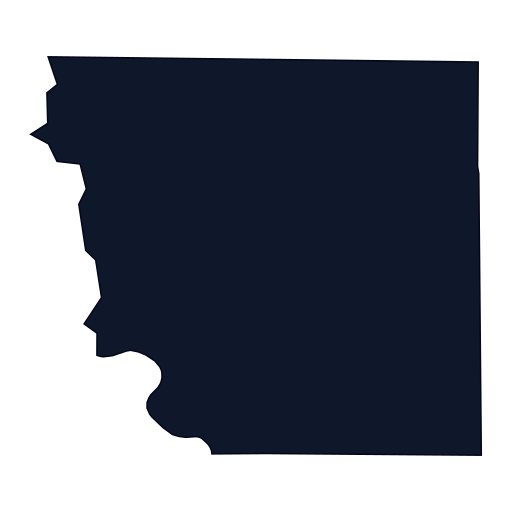 outline of Andrew, Missouri, United States of America
{"feature_id": "52423323B15965719285225", "entity_name": "Andrew", "entity_type": "district", "adm_level": 2, "iso_a3": "USA", "parent_name": "United States of America", "parent_adm1": "Missouri", "projection": "mercator", "projection_center": [-94.923, 39.975], "detail": "fine", "context": "isolated", "style": "filled", "palette": "ink", "viewbox_px": 512, "rotation_deg": 0, "n_neighbors": 0, "source": "geoboundaries", "source_scale": "gbopen_adm2", "svg_char_len": 749}
<svg xmlns="http://www.w3.org/2000/svg" viewBox="0 0 512 512"><path d="M478.8,173.7L477.6,166.4L478.2,62.0L48.1,56.8L57.4,84.4L46.9,92.8L47.7,123.3L30.7,134.3L48.5,143.9L57.0,161.4L80.1,164.0L86.3,189.0L78.8,204.3L85.7,250.4L95.7,260.1L101.5,297.6L84.1,323.9L97.0,333.2L96.9,355.3L100.0,356.3L103.3,356.8L112.4,355.7L126.5,351.0L130.5,350.3L138.1,351.8L145.7,354.9L154.9,361.0L159.8,366.9L161.4,370.3L161.9,373.0L162.0,377.8L160.8,382.8L157.9,387.6L150.7,394.9L148.8,398.1L147.1,402.4L147.0,408.1L149.7,414.1L151.8,416.9L163.1,427.7L172.2,434.4L179.1,436.5L185.8,437.3L196.1,436.6L199.2,437.1L201.7,438.3L207.5,443.6L209.8,446.7L211.4,450.2L211.9,453.9L265.6,453.5L481.3,455.2L478.8,173.7Z" fill="#0f172a" stroke="#020617" stroke-width="1.5"/></svg>